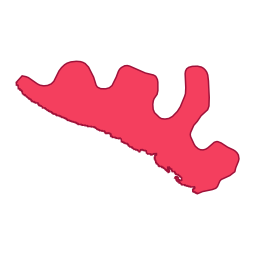 Nigua, San Cristóbal, Dominican Republic, rotated 87°
{"feature_id": "3306468B31162099816687", "entity_name": "Nigua", "entity_type": "district", "adm_level": 2, "iso_a3": "DOM", "parent_name": "Dominican Republic", "parent_adm1": "San Cristóbal", "projection": "mercator", "projection_center": [-70.067, 18.358], "detail": "fine", "context": "isolated", "style": "filled", "palette": "rose", "viewbox_px": 256, "rotation_deg": 87, "n_neighbors": 0, "source": "geoboundaries", "source_scale": "gbopen_adm2", "svg_char_len": 5850}
<svg xmlns="http://www.w3.org/2000/svg" viewBox="0 0 256 256"><g transform="rotate(87 128 128)"><path d="M177.2,23.6L173.4,22.5L167.0,19.5L164.6,18.8L160.8,19.2L158.6,20.4L156.8,22.0L155.4,23.9L152.4,29.5L147.8,35.8L146.3,39.1L146.2,40.3L146.8,42.6L152.1,49.4L153.3,51.7L153.8,54.2L153.5,56.8L152.4,59.0L149.8,61.7L147.6,62.9L140.1,65.9L137.9,66.2L135.7,65.7L128.8,62.2L125.0,58.5L119.6,54.4L113.9,47.5L110.3,46.0L101.8,45.3L85.1,45.2L79.3,45.6L76.5,46.4L74.3,47.7L72.4,49.4L71.0,51.5L69.9,55.4L69.8,60.6L70.6,64.2L72.0,66.3L74.2,67.6L76.8,68.1L90.9,68.2L96.7,68.8L99.2,69.7L109.5,74.6L114.0,77.8L118.8,83.0L120.6,86.7L121.0,90.6L120.4,94.1L119.1,96.1L114.0,100.8L110.7,101.9L105.7,102.0L102.1,101.3L100.0,100.4L95.9,97.2L92.2,96.2L83.8,95.8L81.2,96.1L78.8,97.1L77.7,97.8L76.4,99.8L74.0,107.8L66.3,123.1L65.6,125.5L65.7,128.1L67.3,131.5L68.9,133.3L70.9,134.6L76.6,137.1L84.8,141.7L86.9,144.6L87.7,148.3L87.3,153.2L85.6,156.4L83.6,157.6L75.4,159.7L65.2,164.2L61.4,167.4L60.1,169.6L59.2,172.1L58.7,176.1L59.0,181.6L60.1,185.5L61.5,188.0L64.2,191.2L67.4,193.9L77.5,199.6L79.9,202.3L81.3,206.0L81.5,209.9L80.6,213.8L79.2,216.2L72.5,224.8L71.4,227.2L70.4,231.0L76.0,236.6L76.7,236.6L76.7,237.2L79.3,237.2L79.3,236.1L79.8,236.1L79.8,235.5L83.0,235.5L83.0,234.4L83.5,234.4L83.5,233.8L84.6,233.8L84.6,232.7L85.1,232.7L85.1,232.2L86.1,232.2L86.1,231.6L88.2,231.6L88.8,230.5L89.3,230.5L89.3,229.4L89.8,229.4L89.8,228.9L90.4,228.9L90.4,228.3L91.4,227.8L91.4,227.2L91.9,227.2L92.5,226.1L93.0,226.1L93.0,225.5L93.5,225.5L93.5,225.0L94.0,225.0L94.0,223.9L94.6,223.9L94.6,223.3L95.6,223.3L95.6,222.8L96.1,222.8L96.1,222.2L96.7,222.2L96.7,220.6L97.2,220.6L97.2,220.0L97.7,220.0L97.7,218.9L98.2,218.9L98.2,216.7L99.3,216.7L99.3,216.1L100.3,216.1L100.3,215.6L100.9,215.6L100.9,214.5L101.4,214.5L101.4,213.4L101.9,213.4L102.4,212.3L103.5,212.3L103.5,210.0L104.0,210.0L104.0,209.5L104.5,209.5L104.5,208.9L105.1,208.9L105.6,207.8L106.1,207.8L106.1,206.7L106.6,206.7L106.6,206.2L107.2,206.2L107.2,205.1L107.7,205.1L107.7,203.9L108.2,203.9L108.2,203.4L108.7,203.4L108.7,202.8L109.3,202.8L109.3,202.3L109.8,202.3L109.8,201.2L110.3,201.2L110.3,199.5L110.8,199.5L110.8,199.0L111.4,199.0L111.4,198.4L111.9,198.4L111.9,196.2L112.4,196.2L112.4,195.1L113.0,195.1L113.0,194.0L113.5,194.0L113.5,193.4L114.0,193.4L114.0,191.8L114.5,191.8L114.5,190.7L115.1,190.7L115.1,189.6L115.6,189.6L115.6,189.0L116.1,189.0L116.1,188.4L116.6,188.4L116.6,187.9L117.2,187.9L117.2,186.2L117.7,186.2L117.7,185.1L118.2,185.1L118.2,184.0L118.7,184.0L118.7,182.4L119.3,182.4L119.3,180.7L119.8,180.7L119.8,179.6L120.3,179.6L120.3,179.0L120.8,179.0L120.8,177.9L121.4,177.9L121.4,177.4L121.9,177.4L121.9,174.6L122.4,174.6L122.4,173.5L122.9,173.5L122.9,170.7L123.5,170.7L123.5,168.5L124.0,168.5L124.0,168.0L124.5,168.0L124.5,164.6L125.0,164.6L125.0,161.9L125.6,161.9L125.6,160.8L126.1,160.8L126.1,160.2L126.6,160.2L127.1,159.1L127.7,159.1L127.7,158.0L128.2,158.0L128.2,156.9L128.7,156.9L128.7,156.3L129.2,156.3L129.2,154.1L129.8,154.1L129.8,151.9L130.3,151.9L130.3,151.3L131.3,151.3L131.3,150.8L131.9,150.8L131.9,150.2L132.4,150.2L132.4,149.7L131.9,149.7L131.9,149.1L132.4,149.1L132.4,148.6L131.9,148.6L131.9,147.5L132.4,147.5L132.4,146.4L132.9,146.4L132.9,145.8L133.4,145.8L133.4,145.3L134.0,145.3L134.0,145.8L135.0,145.8L135.0,145.3L135.6,145.3L135.6,144.1L136.6,144.1L136.6,141.4L137.1,141.4L137.1,140.3L137.7,140.3L137.7,138.1L138.2,138.1L138.2,137.5L137.7,137.5L137.7,136.4L138.2,136.4L138.7,135.3L141.3,135.3L141.3,134.2L141.9,134.2L141.9,133.1L142.4,133.1L142.4,132.5L142.9,132.5L142.9,131.4L143.4,131.4L143.4,129.7L144.0,129.7L144.0,129.2L144.5,129.2L144.5,128.6L145.5,128.6L145.5,128.1L146.1,128.1L146.6,127.0L147.1,127.0L147.1,125.3L147.6,125.3L147.6,124.8L148.2,124.8L148.2,124.2L148.7,124.2L149.2,123.1L149.7,123.1L149.7,121.4L150.3,121.4L150.3,119.8L150.8,119.8L150.8,119.2L151.3,119.2L151.8,118.1L152.4,118.1L152.4,117.6L151.8,117.6L151.3,116.5L150.3,116.5L150.3,114.8L150.8,114.8L150.8,113.7L151.3,113.7L151.3,112.0L151.8,112.0L151.8,110.9L153.9,110.9L154.5,109.8L155.0,109.8L155.0,107.0L155.5,107.0L155.5,106.5L156.1,106.5L156.1,105.4L155.5,105.4L155.5,103.7L155.0,103.7L155.0,100.9L156.1,100.9L156.1,101.5L156.6,101.5L156.6,102.1L157.1,102.1L157.1,102.6L158.7,102.6L158.7,103.2L160.3,103.2L160.3,102.6L161.8,102.6L161.8,102.1L163.9,102.1L163.9,101.5L165.0,101.5L165.0,100.9L165.5,100.9L166.0,99.8L167.1,99.8L167.1,99.3L167.6,99.3L167.6,98.7L168.1,98.7L168.1,96.5L168.7,96.5L168.7,96.0L169.2,96.0L169.2,94.9L169.7,94.9L169.7,94.3L170.2,94.3L170.8,93.2L171.3,93.2L171.3,92.6L171.8,92.6L171.8,92.1L172.3,92.1L172.3,91.5L172.9,91.5L172.9,91.0L173.4,91.0L173.4,90.4L173.9,90.4L173.9,89.9L174.4,89.9L173.9,88.8L172.9,88.8L172.9,89.3L171.3,89.3L171.3,89.9L170.8,89.9L170.8,90.4L169.2,90.4L169.2,88.8L170.2,88.8L170.2,88.2L170.8,88.2L170.8,87.7L171.3,87.7L171.3,86.6L172.9,86.6L172.9,86.0L173.9,86.0L173.9,83.8L175.0,83.8L175.0,83.2L176.0,83.2L176.0,82.7L176.6,82.7L176.6,82.1L177.1,82.1L177.1,80.5L177.6,80.5L177.6,79.9L178.1,79.9L178.6,78.8L179.2,78.8L179.2,78.2L179.7,78.2L180.2,77.1L182.9,77.1L182.9,78.2L183.4,78.2L183.4,79.3L182.3,79.3L181.8,80.5L180.2,80.5L180.2,81.0L179.7,81.0L179.7,81.6L179.2,81.6L179.2,83.2L180.2,83.8L180.2,83.2L180.8,83.2L180.8,82.7L182.3,82.7L182.3,82.1L183.4,82.1L183.4,81.0L184.4,81.0L184.4,79.9L185.5,79.9L185.5,78.8L186.0,78.8L186.5,77.7L187.1,77.7L187.1,77.1L187.6,77.1L187.6,74.4L188.1,74.4L188.1,73.8L188.6,73.8L188.6,72.1L189.2,72.1L189.2,70.5L189.7,70.5L189.7,68.8L190.2,68.8L190.2,64.9L190.7,64.9L190.7,64.4L191.3,64.4L191.3,64.9L191.8,64.9L191.8,65.5L192.3,65.5L192.3,66.1L192.8,66.1L192.8,66.6L194.9,66.6L194.9,65.5L195.5,65.5L195.5,64.4L196.0,64.4L196.0,63.8L196.5,63.8L196.5,62.7L197.1,62.7L197.3,62.2L195.4,56.9L193.9,47.1L192.8,43.5L191.2,41.8L185.8,39.1L184.3,37.6L180.8,28.8L177.2,23.6Z" fill="#f43f5e" stroke="#9f1239" stroke-width="1.5"/></g></svg>